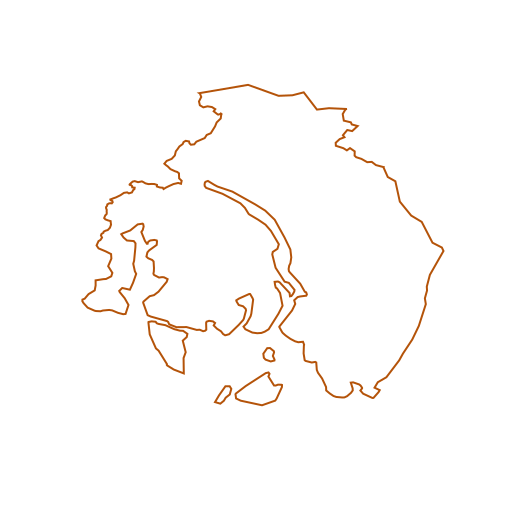 Ketchikan Gateway, United States of America (Robinson projection), rotated 341°
{"feature_id": "52423323B88813000222889", "entity_name": "Ketchikan Gateway", "entity_type": "district", "adm_level": 2, "iso_a3": "USA", "parent_name": "United States of America", "parent_adm1": "", "projection": "robinson", "projection_center": [-131.311, 55.562], "detail": "fine", "context": "isolated", "style": "outline", "palette": "amber", "viewbox_px": 512, "rotation_deg": 341, "n_neighbors": 0, "source": "geoboundaries", "source_scale": "gbopen_adm2", "svg_char_len": 5823}
<svg xmlns="http://www.w3.org/2000/svg" viewBox="0 0 512 512"><g transform="rotate(341 256 256)"><path d="M77.7,240.7L77.1,242.2L77.6,244.4L80.0,250.0L85.6,255.2L86.7,255.9L90.9,257.6L93.5,257.7L99.6,259.2L102.3,260.6L107.0,264.8L111.5,267.8L113.8,268.3L119.5,260.8L118.1,253.2L115.4,245.8L115.3,244.5L119.1,242.7L125.8,246.8L131.0,241.3L136.9,233.9L136.5,231.0L137.4,223.4L139.2,220.8L144.8,208.5L146.2,204.8L145.3,202.1L139.0,199.3L136.8,195.4L135.7,191.5L137.2,191.2L145.4,190.9L154.4,187.6L159.3,188.5L159.7,189.2L159.4,191.5L157.4,194.5L155.4,196.0L155.9,205.5L156.8,208.9L157.5,209.1L158.1,208.1L159.0,207.4L161.1,206.9L165.1,207.7L167.2,209.0L167.2,209.9L165.7,213.2L156.8,215.9L154.5,217.2L152.2,220.9L153.3,223.0L156.5,225.9L157.4,227.8L155.6,234.2L154.4,237.3L153.3,239.2L153.3,240.3L153.6,240.9L157.3,244.8L160.3,245.4L162.1,246.2L164.9,249.1L163.2,251.3L152.2,258.0L146.8,259.8L142.4,259.4L134.7,262.5L134.1,263.4L134.3,276.7L136.8,279.0L150.7,288.6L151.5,289.8L151.6,291.9L152.2,292.8L157.6,297.4L167.2,300.6L175.9,306.6L178.8,307.4L181.5,309.9L183.6,310.1L185.0,309.5L187.1,302.9L187.9,302.0L190.5,302.0L194.0,303.8L195.5,306.0L193.4,307.9L195.4,312.0L198.4,315.8L199.5,319.1L201.0,320.9L201.6,321.0L205.1,321.2L217.3,315.5L223.1,312.3L224.1,311.3L228.9,304.1L229.0,302.5L227.4,299.3L223.7,296.7L222.8,292.6L222.9,291.5L226.1,290.7L237.3,289.7L238.1,290.1L239.0,294.7L239.1,296.3L232.8,309.0L231.3,311.2L225.2,316.7L221.2,318.7L222.1,321.8L227.6,327.2L232.0,329.4L236.0,330.5L239.6,330.4L244.1,329.4L258.3,318.0L264.9,311.7L266.7,298.8L265.5,294.1L265.0,292.9L264.4,292.4L264.6,289.6L265.2,286.5L268.5,287.3L269.8,288.6L275.7,301.9L275.0,305.2L276.4,305.4L278.5,304.0L280.6,302.1L281.4,300.6L278.3,292.1L274.7,289.6L270.7,273.5L271.9,259.8L273.2,257.6L278.6,256.2L281.4,252.3L278.3,237.2L275.2,229.5L269.9,222.4L263.1,214.4L262.7,213.6L261.2,206.9L258.4,201.1L244.6,186.3L231.0,175.3L230.3,173.1L230.7,171.5L231.7,169.8L232.8,169.4L235.0,169.4L239.7,175.1L242.2,177.8L254.6,187.4L272.1,207.0L279.5,216.1L285.5,227.8L289.0,247.8L290.6,261.0L288.9,268.8L286.2,274.0L284.2,276.0L282.6,278.9L282.2,281.1L282.6,282.4L288.8,296.6L290.5,305.7L291.6,306.7L291.6,308.9L290.6,309.9L284.4,308.6L282.0,308.4L277.7,310.3L277.5,314.1L272.3,319.3L255.0,330.4L254.9,330.7L255.9,336.4L256.2,337.4L257.6,339.9L258.6,341.5L261.6,345.6L265.2,349.4L267.9,351.3L272.5,352.4L272.6,355.6L272.1,356.3L269.3,363.6L268.1,370.4L268.8,371.4L274.1,374.9L277.5,375.4L278.3,376.3L276.4,383.5L276.6,386.6L278.6,393.3L279.6,402.7L278.6,406.0L281.0,410.0L283.7,413.6L286.0,415.4L291.6,417.9L293.6,418.5L296.5,418.2L301.3,416.3L303.7,414.6L304.3,412.5L304.4,406.6L306.7,407.1L311.7,411.0L312.7,412.5L313.4,415.1L313.2,415.7L310.9,417.2L312.5,421.1L319.8,428.1L320.9,428.4L327.6,424.6L329.3,423.1L325.2,419.1L330.1,415.0L339.8,413.1L357.4,401.3L363.2,396.1L376.5,385.9L387.2,375.1L400.9,356.8L401.9,351.0L406.5,344.3L407.5,340.6L414.3,330.4L434.9,312.3L434.5,308.5L427.2,300.9L423.8,277.7L415.9,268.3L409.7,251.4L412.1,230.7L406.3,224.2L405.4,213.7L405.6,213.5L399.0,209.1L396.1,204.7L391.7,203.5L387.3,198.5L382.9,195.2L381.9,193.2L383.4,189.2L380.0,184.6L376.3,185.7L373.7,182.5L367.4,177.8L368.2,174.9L373.2,172.7L378.3,172.5L377.5,170.1L383.3,166.6L387.6,169.2L394.4,166.2L389.4,162.8L389.2,160.5L383.1,156.6L384.2,150.0L388.3,146.5L389.8,146.6L373.1,140.0L361.3,137.4L354.4,116.8L342.8,115.9L329.5,111.9L304.2,91.6L255.5,83.6L255.9,84.1L256.0,87.8L252.4,91.3L252.0,95.2L254.6,98.3L258.9,98.7L262.8,100.8L265.3,103.9L263.1,105.4L265.5,109.1L266.2,110.0L268.5,110.1L269.1,109.8L269.6,110.6L269.0,111.3L267.4,114.5L262.3,116.9L259.5,120.1L253.2,125.2L248.8,125.5L245.9,127.8L236.8,128.5L234.0,130.3L230.7,129.6L229.8,127.8L230.0,125.9L227.0,124.2L224.6,124.7L223.1,126.3L219.2,127.5L216.5,129.5L214.3,130.9L212.0,134.5L207.9,136.7L202.5,137.0L199.4,138.9L200.6,141.0L201.7,142.5L203.4,146.0L207.0,149.5L208.9,150.9L210.1,152.8L209.6,154.2L208.6,157.6L210.2,160.7L208.6,163.3L206.2,161.6L201.4,161.1L196.2,161.6L193.1,162.0L190.4,162.6L190.1,161.1L187.4,159.9L184.9,158.0L185.5,156.5L183.2,154.8L180.8,153.9L177.7,153.0L175.1,151.3L173.6,149.5L172.4,148.3L168.5,147.8L165.7,145.7L163.6,145.5L161.2,146.5L159.9,147.1L159.7,147.4L160.1,148.0L160.8,148.1L161.6,149.5L161.3,150.8L163.5,151.9L162.8,153.2L161.3,153.7L159.4,155.5L156.2,155.4L154.9,153.9L151.7,153.3L147.6,154.4L142.6,155.0L139.7,155.0L138.0,155.1L136.7,155.1L136.6,155.7L138.1,157.3L138.0,158.5L136.8,159.3L135.8,158.8L134.3,158.4L132.2,158.8L131.6,160.0L130.1,161.0L129.8,162.2L129.9,163.7L129.2,165.5L128.9,166.8L128.2,167.9L126.7,168.5L124.8,170.7L125.5,172.3L127.6,174.1L129.9,175.7L129.5,177.3L129.1,179.2L127.1,181.7L124.3,183.2L122.0,183.1L119.9,183.4L119.2,184.4L117.2,184.8L116.1,186.0L116.4,188.5L114.1,190.2L111.9,190.7L108.7,194.1L109.6,197.5L115.4,202.7L119.6,207.0L118.4,211.4L112.9,217.5L114.7,225.2L112.5,228.1L106.7,228.9L104.2,228.2L96.4,226.8L94.8,231.6L92.3,236.0L85.3,237.5L80.1,240.6L77.7,240.7ZM130.0,295.5L131.3,310.8L133.1,313.8L136.6,329.2L136.2,329.9L136.4,330.6L141.3,336.6L149.5,343.5L154.3,328.9L158.2,324.1L159.2,312.2L164.1,310.1L165.8,307.3L162.7,303.0L159.7,301.8L154.8,298.5L147.8,291.9L141.6,288.4L140.2,287.2L139.8,285.7L139.5,285.4L136.0,283.8L132.9,283.4L132.6,284.0L130.0,295.5ZM191.6,380.0L190.8,384.2L194.4,387.8L213.1,399.1L227.1,399.0L229.1,397.5L237.8,388.4L238.5,386.7L238.6,386.4L238.1,386.0L234.9,384.8L232.5,384.9L230.9,384.3L228.5,374.0L230.4,371.8L229.9,370.2L227.1,369.9L204.0,375.6L192.2,379.5L191.6,380.0ZM169.7,380.8L174.2,384.0L178.5,382.4L181.2,380.1L186.1,378.4L189.4,373.6L188.7,370.6L184.7,369.2L175.7,375.7L169.7,380.8ZM231.1,350.8L230.3,354.8L231.3,357.1L235.6,360.5L239.4,360.8L239.8,360.0L239.4,356.0L241.7,353.0L241.9,351.8L239.3,347.6L236.6,346.8L231.1,350.8Z" fill="none" stroke="#b45309" stroke-width="2"/></g></svg>